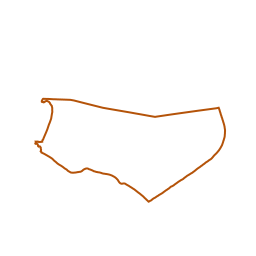 Qishn, Al Mahrah, Yemen, rotated 136°
{"feature_id": "15242507B46563890594581", "entity_name": "Qishn", "entity_type": "district", "adm_level": 2, "iso_a3": "YEM", "parent_name": "Yemen", "parent_adm1": "Al Mahrah", "projection": "equal_earth", "projection_center": [51.542, 15.673], "detail": "fine", "context": "isolated", "style": "outline", "palette": "amber", "viewbox_px": 256, "rotation_deg": 136, "n_neighbors": 0, "source": "geoboundaries", "source_scale": "gbopen_adm2", "svg_char_len": 5675}
<svg xmlns="http://www.w3.org/2000/svg" viewBox="0 0 256 256"><g transform="rotate(136 128 128)"><path d="M48.7,79.6L50.7,80.8L66.6,92.5L81.3,103.2L86.8,107.2L99.5,116.3L100.8,117.2L103.9,121.4L110.4,130.4L112.6,133.4L115.4,137.3L128.4,155.0L132.1,160.1L142.0,176.0L147.8,185.4L149.9,188.3L154.9,193.5L158.5,197.2L158.6,197.3L160.4,199.2L161.6,200.4L164.9,204.0L166.6,205.7L168.7,207.9L169.2,208.0L169.8,207.8L170.5,207.6L171.1,207.4L171.6,207.0L171.8,206.7L171.6,206.1L170.8,205.6L170.8,205.0L170.2,204.7L169.6,204.6L169.0,204.7L168.1,204.2L167.5,203.8L167.1,202.9L166.9,202.2L166.7,201.6L166.8,200.8L166.8,200.4L166.9,199.9L167.2,199.4L167.3,198.2L167.5,196.7L167.9,196.3L168.2,195.6L168.8,194.8L170.1,193.5L171.3,192.1L172.5,191.3L174.8,189.6L176.8,188.1L178.8,187.1L180.6,186.2L182.3,185.5L185.0,184.1L186.9,183.1L189.6,181.9L195.8,179.3L197.2,178.6L197.8,178.7L198.6,178.2L199.3,178.1L199.4,177.8L199.6,177.9L199.7,178.1L199.9,178.2L200.2,178.4L200.6,178.8L201.0,179.0L201.3,179.4L201.5,179.6L201.8,179.8L202.1,180.3L202.1,180.6L202.4,180.9L202.8,181.4L203.2,181.3L203.4,181.6L203.6,181.9L203.9,182.3L204.3,181.7L205.0,181.4L205.3,181.3L205.5,181.2L205.5,180.9L205.2,180.5L204.8,180.3L204.6,180.1L204.4,179.8L204.3,179.0L204.9,177.9L205.0,177.6L205.3,177.3L205.2,176.7L204.7,176.6L204.4,176.3L204.2,176.1L204.2,175.4L204.4,174.6L204.6,174.6L204.9,174.1L205.0,173.9L205.2,173.5L205.4,173.0L205.6,172.8L205.8,172.6L206.1,172.4L206.4,172.1L206.6,172.1L207.0,171.9L206.9,171.5L206.9,171.0L207.3,170.6L207.2,170.3L207.0,169.6L206.7,168.9L206.4,168.1L206.2,167.5L206.0,166.8L205.8,166.2L205.6,165.4L205.4,164.8L205.2,164.1L205.0,163.3L204.8,162.7L204.6,162.0L204.3,160.7L204.1,160.0L204.0,159.2L203.8,158.6L203.8,157.9L203.8,157.1L203.8,156.4L203.8,155.7L203.7,155.0L203.6,154.3L203.5,153.6L203.5,152.8L203.4,152.0L203.4,151.3L203.2,150.7L203.1,150.0L202.9,149.2L202.7,148.5L202.5,147.8L202.3,147.1L201.9,145.1L201.8,144.4L201.7,143.5L201.6,142.8L201.4,142.1L201.2,141.4L201.0,140.7L201.0,140.0L201.0,139.3L200.9,138.6L200.7,137.9L200.5,137.2L200.3,136.5L200.1,135.8L199.8,135.3L199.3,134.8L198.9,134.3L198.5,133.9L198.0,133.5L197.5,133.1L197.0,132.7L196.6,132.3L196.0,132.0L195.5,131.6L194.9,131.3L194.5,130.9L194.0,130.6L193.5,130.3L193.1,129.9L192.5,129.5L192.0,129.3L191.2,129.1L190.7,129.0L190.2,129.0L189.6,129.0L189.0,128.9L188.4,128.8L187.9,128.7L187.4,128.4L186.9,128.3L186.4,128.0L185.9,127.7L185.4,127.2L185.0,126.6L184.8,125.9L184.6,125.3L184.2,124.7L183.9,124.1L183.6,123.4L183.3,122.7L183.0,122.0L182.8,121.3L182.6,120.6L182.2,120.1L181.9,119.5L181.5,118.8L181.2,118.2L180.8,117.8L180.7,117.6L180.4,117.1L180.0,116.6L179.5,116.0L179.1,115.4L178.8,114.8L178.4,114.2L178.1,113.4L177.7,112.8L177.4,112.3L176.9,111.7L176.5,111.2L176.1,110.6L175.7,110.2L175.3,109.6L174.9,109.1L174.5,108.5L174.1,107.9L173.7,107.3L173.4,106.7L173.1,106.1L172.8,105.4L172.5,104.8L172.3,104.0L172.0,103.2L171.8,102.4L171.6,101.7L171.5,100.9L171.4,100.1L171.4,99.4L171.4,98.7L171.4,98.0L171.5,97.3L171.7,96.7L171.8,95.9L172.0,95.1L172.0,94.4L171.9,93.5L171.6,92.8L171.3,92.3L170.8,91.9L170.2,91.6L169.6,91.1L169.2,90.7L168.8,90.1L168.6,89.4L168.5,88.7L168.3,88.0L168.1,87.4L167.9,86.7L167.7,86.1L167.5,85.3L167.4,84.7L167.2,84.0L167.0,83.2L166.8,82.5L166.7,81.9L166.5,81.0L166.3,80.2L166.1,79.5L166.0,78.6L165.9,78.0L165.8,77.1L165.7,76.4L165.6,75.6L165.5,74.9L165.4,74.1L165.2,73.2L165.1,72.5L165.0,71.6L164.9,70.6L164.8,69.9L164.7,69.0L164.6,68.2L164.6,67.3L164.6,66.6L164.6,65.7L164.5,65.0L164.5,64.3L164.5,63.3L164.4,62.5L164.4,61.7L164.4,61.0L164.3,60.6L163.7,60.5L162.9,60.3L162.3,60.1L161.8,59.9L161.2,59.8L160.6,59.8L160.0,59.8L159.4,59.7L158.7,59.6L157.9,59.4L157.0,59.1L156.5,59.0L155.8,58.9L155.2,58.8L154.5,58.7L153.8,58.5L153.1,58.3L152.4,58.3L151.7,58.1L151.2,58.0L150.6,57.8L150.0,57.7L149.3,57.5L148.8,57.4L148.2,57.3L147.6,57.2L147.0,57.2L146.5,57.1L145.8,57.0L144.9,56.9L144.2,56.8L143.6,56.7L142.9,56.5L141.8,56.4L141.2,56.2L140.7,56.1L140.1,56.1L139.5,56.1L138.9,56.0L138.2,56.0L137.6,55.9L137.0,55.6L136.5,55.4L136.0,55.3L135.3,55.1L134.8,55.0L134.0,55.0L132.7,54.8L132.1,54.7L131.5,54.6L130.8,54.5L130.0,54.4L129.1,54.3L128.6,54.2L127.9,54.0L127.2,53.9L126.7,53.8L126.1,53.7L125.5,53.5L124.9,53.3L124.4,53.2L123.7,53.0L123.1,53.0L122.3,53.0L122.0,52.9L121.6,52.9L120.9,52.8L120.2,52.7L119.6,52.6L119.1,52.6L118.4,52.5L118.0,52.4L117.7,52.3L116.7,52.0L116.1,52.0L115.6,51.8L115.0,51.7L114.4,51.6L113.7,51.4L113.0,51.2L112.5,51.1L111.8,51.1L111.3,51.0L110.6,50.9L110.1,50.8L109.5,50.8L108.8,50.7L108.1,50.7L107.4,50.6L106.9,50.6L106.2,50.5L105.5,50.4L104.8,50.3L104.0,50.1L103.3,50.0L102.6,49.9L101.9,49.9L101.2,49.7L100.5,49.6L99.9,49.6L99.2,49.5L98.5,49.4L98.3,49.3L98.0,49.3L97.1,49.2L96.4,49.2L95.7,49.1L95.1,49.0L94.5,48.8L93.9,48.7L93.3,48.6L92.8,48.6L92.1,48.5L91.5,48.4L90.8,48.2L90.2,48.1L89.4,48.0L88.7,48.0L88.0,48.1L87.3,48.1L86.8,48.2L86.3,48.3L85.7,48.3L85.1,48.4L83.7,48.4L82.7,48.4L81.6,48.4L81.0,48.5L80.4,48.5L79.8,48.6L79.2,48.7L78.7,48.7L78.0,48.8L77.2,49.0L76.7,49.1L76.1,49.2L75.5,49.4L75.0,49.5L74.4,49.7L73.8,49.9L73.1,50.1L72.4,50.3L71.6,50.7L71.0,51.0L70.2,51.4L69.6,51.7L68.9,52.1L68.3,52.5L67.7,52.7L67.1,53.1L66.6,53.4L66.0,53.7L65.5,54.0L65.0,54.3L64.4,54.7L63.8,55.2L63.3,55.7L62.7,56.2L62.2,56.6L61.7,57.1L61.3,57.5L61.2,57.6L60.8,58.0L60.5,58.2L60.1,58.6L59.2,59.7L58.8,60.3L58.4,60.9L58.0,61.4L57.6,61.9L57.3,62.5L56.8,63.2L56.5,63.8L56.2,64.4L55.9,64.9L55.6,65.5L55.3,66.2L54.9,66.8L54.6,67.5L54.3,68.1L54.0,68.8L53.6,69.4L53.3,70.1L53.0,70.9L52.6,71.5L52.3,72.2L52.0,72.9L51.7,73.5L51.3,74.2L50.9,74.9L50.6,75.7L50.2,76.4L49.9,77.0L49.6,77.5L49.3,78.2L49.0,78.9L48.7,79.6Z" fill="none" stroke="#b45309" stroke-width="2"/></g></svg>